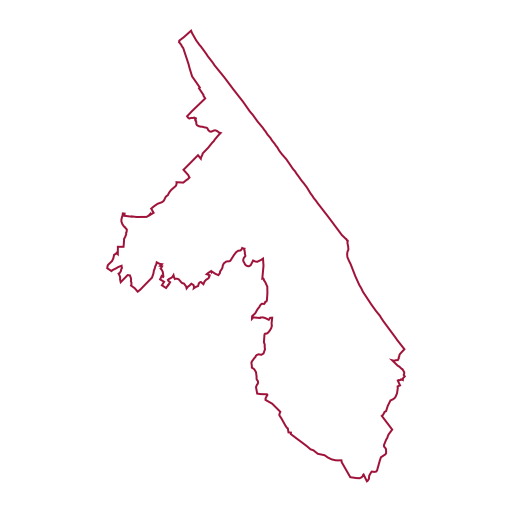 Vega de Alatorre, Veracruz, Mexico (Robinson projection)
{"feature_id": "50627088B59302189712162", "entity_name": "Vega de Alatorre", "entity_type": "district", "adm_level": 2, "iso_a3": "MEX", "parent_name": "Mexico", "parent_adm1": "Veracruz", "projection": "robinson", "projection_center": [-96.652, 19.993], "detail": "fine", "context": "isolated", "style": "outline", "palette": "rose", "viewbox_px": 512, "rotation_deg": 0, "n_neighbors": 0, "source": "geoboundaries", "source_scale": "gbopen_adm2", "svg_char_len": 6089}
<svg xmlns="http://www.w3.org/2000/svg" viewBox="0 0 512 512"><path d="M404.4,349.2L396.9,339.7L396.3,338.7L383.5,321.4L380.7,317.2L380.1,316.0L376.3,311.4L371.6,304.9L363.0,291.9L361.1,288.0L359.3,285.0L355.4,276.4L350.7,264.3L348.6,260.0L347.4,257.1L347.2,255.4L347.2,253.2L347.6,251.3L348.2,250.2L348.4,249.1L348.1,246.2L347.4,242.9L347.7,241.5L347.7,240.7L347.1,240.6L346.5,239.4L347.2,238.8L346.3,239.3L341.9,235.1L328.3,216.9L317.6,203.1L315.7,200.4L313.9,198.3L312.2,195.6L310.7,193.7L307.0,187.6L303.8,183.3L301.7,180.8L297.7,175.2L297.0,174.4L295.1,171.4L293.0,169.0L286.3,159.2L281.8,154.1L279.1,150.5L277.3,147.3L276.0,145.8L274.4,143.4L272.0,140.5L270.4,137.9L267.6,134.7L265.5,131.4L264.4,130.1L262.5,127.4L257.7,121.7L252.8,114.9L249.8,111.4L243.0,101.7L233.6,89.7L224.2,77.2L214.5,65.3L213.1,63.1L207.6,56.0L206.5,54.2L200.9,46.5L199.6,45.1L196.2,40.4L192.0,33.0L191.1,30.7L183.8,37.2L179.3,40.6L179.4,41.3L179.0,42.1L181.3,44.9L181.8,46.2L183.2,48.0L188.6,64.3L189.6,68.3L192.1,76.4L199.8,87.5L199.0,88.3L203.5,95.0L203.4,95.7L205.2,98.4L191.9,111.2L187.1,116.3L188.0,117.6L189.2,118.5L191.3,117.9L192.8,118.0L194.2,117.6L194.9,118.1L195.7,118.1L195.9,118.4L195.9,118.7L195.2,118.8L195.1,119.8L195.5,120.8L195.9,120.9L196.0,121.5L196.3,121.8L196.2,123.2L196.6,124.6L197.0,125.2L198.8,126.2L200.9,126.7L202.2,126.7L204.6,127.4L206.5,127.7L207.3,128.2L208.4,130.3L209.9,131.5L211.1,131.7L214.2,130.4L215.7,130.4L217.5,131.3L218.9,132.5L220.6,133.0L218.1,135.6L214.6,139.8L213.7,141.3L212.2,142.7L208.3,147.6L202.7,153.4L202.4,154.7L201.0,157.6L200.8,158.7L198.0,155.2L183.5,169.8L188.1,174.9L189.5,177.6L188.5,178.3L187.8,179.3L187.0,179.6L183.3,182.6L176.5,182.2L176.6,183.7L176.2,185.1L175.6,186.1L171.2,189.9L169.2,192.5L167.8,195.2L166.4,196.2L165.5,197.2L164.1,200.2L163.6,200.9L162.7,201.7L161.7,202.3L157.6,203.8L154.1,206.2L151.2,208.6L153.6,212.8L149.8,215.1L149.9,214.3L148.7,215.6L146.6,216.9L136.5,217.0L131.9,216.4L131.9,216.7L124.3,215.8L124.6,213.6L122.8,213.4L122.6,215.4L122.0,217.0L121.4,219.6L121.4,221.5L122.3,224.0L123.6,226.0L124.7,227.2L125.3,227.4L125.5,228.1L126.8,229.4L126.8,229.8L126.7,231.3L126.5,232.2L126.2,232.5L126.1,234.7L125.6,235.6L125.3,236.7L124.1,238.8L123.9,242.9L123.5,246.8L117.9,246.8L117.8,254.2L116.5,253.0L116.2,253.7L114.1,254.8L113.3,258.4L112.0,261.1L108.3,264.6L107.7,265.5L107.2,268.2L111.5,271.1L112.3,270.2L115.8,268.5L118.5,266.9L121.5,265.8L121.5,266.7L121.9,267.3L121.8,268.4L121.3,269.1L120.8,271.3L119.7,273.0L118.6,273.6L119.4,275.2L120.1,277.1L120.1,279.4L120.7,282.2L127.6,275.1L129.9,275.4L130.9,278.1L131.1,279.7L130.9,281.2L131.4,282.4L131.4,284.7L131.0,285.5L134.7,288.2L137.7,291.7L140.1,289.8L152.0,277.6L153.4,273.6L153.9,270.5L154.8,268.3L155.3,266.2L156.2,264.6L156.7,262.3L159.5,263.8L161.9,264.2L160.2,265.9L162.1,266.3L161.3,267.8L160.6,268.5L162.1,270.4L162.8,272.0L163.4,276.6L163.1,277.0L161.7,275.9L160.1,279.4L164.1,281.8L161.9,285.3L166.1,288.0L168.3,284.7L168.5,284.9L170.1,282.2L168.5,281.0L167.9,279.9L168.8,279.1L171.5,277.7L172.4,276.9L173.5,275.1L174.1,277.6L174.9,279.0L175.5,278.7L176.5,278.7L178.0,279.0L178.9,279.5L181.0,282.0L182.3,283.2L182.9,283.2L184.0,283.6L186.2,286.6L186.6,288.4L188.3,286.3L189.4,285.7L191.3,283.7L193.5,285.1L194.1,286.9L193.8,288.3L195.7,287.0L198.1,286.0L198.8,283.5L199.8,282.4L200.9,282.0L203.4,284.2L204.6,281.4L206.5,279.4L207.2,279.2L208.5,278.2L208.9,277.6L209.0,276.8L209.3,276.6L209.7,275.3L206.7,274.2L207.9,273.2L211.0,271.1L211.5,272.1L211.8,271.5L215.5,273.9L218.4,275.1L219.9,273.1L220.1,271.4L221.3,269.8L222.4,267.8L222.8,265.5L223.8,263.4L226.2,261.6L227.6,261.3L228.8,261.4L230.3,260.8L234.1,254.8L236.2,252.1L238.3,250.7L239.8,250.6L240.6,250.4L241.9,248.9L242.2,248.0L243.0,248.4L244.5,248.7L244.2,249.8L244.6,250.7L244.6,251.4L244.9,252.3L244.8,253.4L245.3,255.3L245.3,256.2L243.9,257.7L243.4,259.1L243.2,260.2L243.4,261.3L244.5,263.2L245.1,264.5L246.3,265.6L248.2,266.3L249.5,266.0L250.8,265.0L253.1,260.5L254.9,261.4L257.2,261.8L261.3,259.8L263.0,258.6L263.5,265.7L262.3,278.7L263.2,278.5L263.8,279.2L263.9,280.2L265.2,282.0L267.3,286.7L267.4,293.3L266.9,300.3L266.4,301.5L265.3,301.8L264.7,303.3L264.0,304.0L263.3,303.8L261.8,303.8L260.8,304.6L259.9,305.8L259.3,307.1L258.4,308.1L257.3,309.6L255.3,313.2L252.1,316.2L252.0,318.8L253.3,317.4L260.1,318.0L260.4,317.5L263.0,317.4L265.3,318.1L268.8,319.8L270.2,317.8L272.2,317.7L271.6,322.9L271.7,325.2L271.9,325.6L271.2,328.2L269.6,330.8L268.0,332.7L266.7,333.6L265.2,333.6L264.5,334.4L263.9,342.3L264.7,344.4L264.7,347.2L265.0,349.2L263.5,353.5L261.3,354.8L258.6,354.3L256.8,355.0L256.0,355.7L255.3,357.1L254.1,358.4L252.5,360.6L251.8,361.7L251.4,362.7L251.9,366.4L251.8,367.3L252.0,367.8L253.6,368.7L254.4,369.5L256.0,372.2L256.6,376.8L256.5,378.1L256.7,379.4L257.8,381.0L258.1,382.5L257.7,383.9L257.0,384.6L256.0,387.1L257.2,393.6L260.7,394.1L267.0,394.3L267.4,394.9L265.6,398.2L265.5,399.9L272.2,403.7L280.3,411.8L279.4,414.1L279.4,415.4L281.4,418.4L285.3,425.4L286.8,427.7L287.8,428.4L288.5,432.4L290.9,432.6L290.8,434.1L306.9,446.2L310.5,449.3L313.4,450.3L317.8,453.8L324.5,455.2L328.0,457.6L331.7,459.4L335.6,460.3L337.8,460.4L341.4,460.3L341.8,462.4L350.3,477.2L356.7,478.1L359.7,478.2L361.2,477.5L362.8,476.3L362.9,475.2L363.6,474.5L366.9,481.3L367.6,480.8L368.9,478.9L369.2,475.7L370.9,472.7L371.7,471.6L374.5,471.9L375.5,471.7L376.3,471.5L377.1,470.3L379.7,461.0L380.9,457.3L385.3,454.4L386.1,453.3L386.1,450.5L385.8,448.6L384.1,446.6L383.9,445.4L384.2,444.5L386.1,439.8L387.4,437.7L387.7,436.4L388.6,434.4L392.2,429.6L381.8,415.9L383.1,414.8L384.6,411.9L386.1,411.1L387.7,406.0L390.5,400.4L392.8,399.4L394.1,398.5L395.2,397.4L395.7,396.4L397.0,393.4L397.8,388.0L397.6,387.2L397.6,386.4L400.0,385.4L397.8,380.5L398.5,380.1L399.9,380.1L400.9,379.8L401.2,379.3L402.8,380.0L402.8,379.2L403.2,378.0L404.8,376.4L403.7,374.9L404.2,373.7L404.2,372.2L402.4,369.1L401.7,368.9L399.1,366.4L398.6,366.3L397.3,365.3L392.2,360.3L394.2,360.8L395.4,360.3L397.8,360.1L398.8,358.3L398.7,357.2L399.2,356.6L399.4,355.0L400.3,353.6L404.4,349.2Z" fill="none" stroke="#9f1239" stroke-width="2"/></svg>